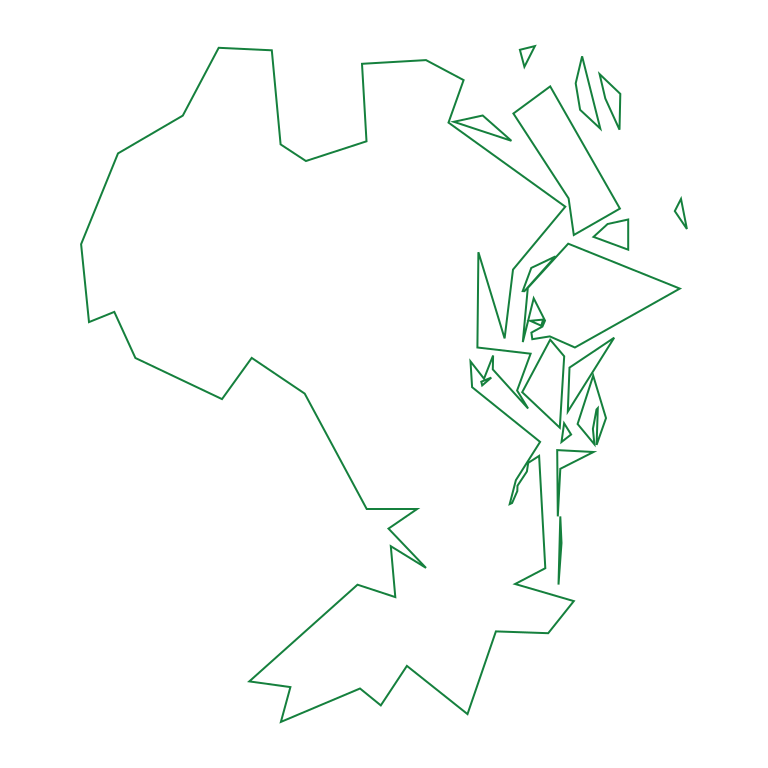 Barisal, Barisal, Bangladesh (Robinson projection)
{"feature_id": "16705992B66943755852345", "entity_name": "Barisal", "entity_type": "district", "adm_level": 2, "iso_a3": "BGD", "parent_name": "Bangladesh", "parent_adm1": "Barisal", "projection": "robinson", "projection_center": [90.343, 22.763], "detail": "medium", "context": "isolated", "style": "outline", "palette": "green", "viewbox_px": 768, "rotation_deg": 0, "n_neighbors": 0, "source": "geoboundaries", "source_scale": "gbopen_adm2", "svg_char_len": 1914}
<svg xmlns="http://www.w3.org/2000/svg" viewBox="0 0 768 768"><path d="M280.9,721.9L360.0,688.5L380.8,705.4L406.9,665.9L467.5,714.1L495.9,631.4L548.2,633.2L573.8,601.1L515.1,584.0L545.3,568.2L539.1,455.9L528.2,462.9L526.9,471.5L517.5,485.7L517.3,491.1L512.1,503.0L509.7,504.1L515.9,480.1L540.1,441.9L472.1,387.2L470.5,361.4L484.0,378.7L493.1,355.5L492.8,369.4L528.1,408.5L517.1,390.5L530.6,353.7L477.4,347.5L478.4,252.2L504.6,338.4L513.0,269.6L565.3,206.7L448.5,122.6L463.6,80.1L426.0,60.1L362.0,63.8L366.5,141.3L305.9,161.0L280.6,144.4L271.8,50.3L218.7,47.8L182.8,115.6L118.0,153.4L81.1,244.2L89.0,322.1L114.3,311.9L135.4,358.0L222.0,399.1L251.7,357.9L304.7,393.6L366.7,509.0L417.1,509.0L388.5,528.6L426.0,567.9L390.8,546.2L395.3,597.1L357.5,584.7L249.3,681.4L290.4,687.1L280.9,721.9ZM679.8,288.6L568.2,243.7L527.8,287.9L522.8,342.1L533.7,298.3L545.0,320.6L542.4,326.6L531.4,332.6L532.3,339.2L549.8,336.4L574.9,347.5L679.8,288.6ZM513.4,113.5L568.6,198.4L573.8,235.0L619.9,208.6L550.2,86.4L513.4,113.5ZM559.8,427.7L564.2,356.3L550.2,339.7L522.2,392.2L559.8,427.7ZM596.6,444.9L606.0,418.1L593.2,375.7L577.6,424.0L594.4,444.3L592.9,428.9L596.5,409.5L597.8,408.1L596.6,444.9ZM567.8,411.6L614.2,337.7L569.5,367.6L567.8,411.6ZM600.3,128.6L582.1,56.3L575.7,83.3L580.1,109.8L600.3,128.6ZM593.5,452.0L557.2,450.1L557.8,516.4L560.3,468.8L593.5,452.0ZM511.4,140.8L482.7,115.5L453.8,121.8L511.4,140.8ZM628.2,219.5L607.6,224.0L593.5,236.9L628.2,249.7L628.2,219.5ZM558.5,584.6L561.5,543.0L560.3,516.4L558.5,584.6ZM599.6,74.1L605.3,98.5L619.5,129.7L620.3,93.9L599.6,74.1ZM555.5,256.4L531.3,267.9L522.7,291.1L524.4,291.2L555.5,256.4ZM524.4,66.8L534.9,46.1L519.9,49.8L524.4,66.8ZM686.9,229.0L681.0,198.9L674.8,211.1L686.9,229.0ZM530.2,320.8L541.3,325.7L543.1,319.6L530.2,320.8ZM561.5,442.0L571.1,434.5L564.1,423.3L561.5,442.0ZM482.2,385.4L491.3,377.6L481.3,381.7L482.2,385.4Z" fill="none" stroke="#15803d" stroke-width="2"/></svg>